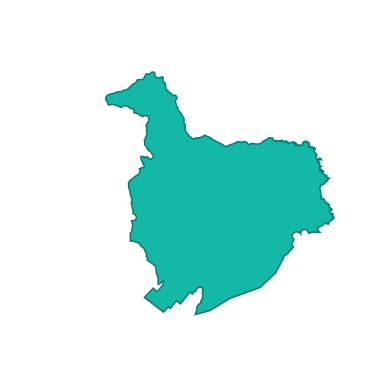 the district of Atwima Nwabiagya South, Ashanti, Ghana, rotated 129°
{"feature_id": "2480657B44972771575405", "entity_name": "Atwima Nwabiagya South", "entity_type": "district", "adm_level": 2, "iso_a3": "GHA", "parent_name": "Ghana", "parent_adm1": "Ashanti", "projection": "robinson", "projection_center": [-1.826, 6.689], "detail": "fine", "context": "isolated", "style": "filled", "palette": "teal", "viewbox_px": 384, "rotation_deg": 129, "n_neighbors": 0, "source": "geoboundaries", "source_scale": "gbopen_adm2", "svg_char_len": 5891}
<svg xmlns="http://www.w3.org/2000/svg" viewBox="0 0 384 384"><g transform="rotate(129 192 192)"><path d="M262.8,214.1L269.0,209.0L268.1,208.2L267.2,206.7L266.6,205.3L266.5,204.1L265.7,202.8L265.2,200.3L266.1,197.9L266.1,193.9L267.8,190.4L268.9,188.6L270.7,186.7L271.4,184.8L272.2,184.3L273.1,184.2L272.5,174.1L274.5,171.5L277.4,168.9L278.1,167.4L280.5,163.8L283.6,161.5L285.0,160.1L283.2,159.0L279.3,158.6L281.8,156.1L291.3,156.3L291.2,161.7L303.9,162.7L303.3,138.4L296.2,138.3L296.2,135.6L286.3,135.6L286.3,130.6L271.2,130.6L271.1,127.5L268.2,127.6L267.7,126.7L267.2,126.5L265.1,127.4L262.8,127.0L262.1,127.2L259.8,124.3L261.7,121.0L263.4,120.9L266.7,117.6L267.9,117.5L268.8,116.7L271.4,116.4L272.2,115.5L276.4,116.2L279.0,115.5L280.0,114.3L285.2,112.4L273.0,103.5L251.2,95.7L223.3,79.0L202.4,76.0L188.7,78.8L186.5,78.9L184.9,80.2L179.3,78.8L177.1,79.0L174.8,78.6L170.7,78.6L170.9,80.8L170.1,81.6L164.9,82.7L164.5,83.1L164.6,85.2L163.2,86.5L161.5,87.3L159.2,87.0L157.4,86.1L156.2,83.9L155.9,83.0L156.2,81.0L155.2,81.9L153.2,82.5L151.1,81.7L150.2,80.9L149.6,79.8L149.4,77.6L150.7,75.4L147.1,73.0L145.0,69.9L142.9,67.4L142.8,69.6L141.4,71.5L140.0,71.4L135.3,69.3L134.2,69.4L132.1,68.3L131.6,67.8L131.6,66.2L131.4,65.8L128.0,66.6L125.6,65.6L123.9,65.2L124.1,65.9L123.8,66.5L122.5,65.8L122.2,68.5L121.0,68.1L120.5,68.2L120.3,69.1L120.9,70.8L121.1,70.8L120.8,72.4L119.2,73.1L118.9,72.1L118.5,71.8L118.1,71.9L117.8,72.9L117.2,72.9L117.7,74.5L117.3,74.5L117.2,75.8L116.1,76.8L116.1,77.1L115.5,77.2L115.7,77.7L115.4,78.8L115.9,79.1L115.6,79.7L115.9,80.3L115.4,81.2L115.7,82.0L115.5,83.3L114.1,85.3L115.2,85.9L115.5,85.6L115.8,86.0L115.7,86.6L116.2,88.2L114.8,88.4L114.3,88.1L113.3,89.2L113.3,89.8L112.5,91.1L111.2,91.6L111.1,92.3L110.6,92.6L110.4,93.2L109.6,93.7L109.1,95.0L108.6,94.8L108.4,95.2L107.1,95.7L106.1,95.6L105.3,96.5L105.1,96.5L104.9,95.6L104.0,95.0L103.2,94.6L102.4,94.7L102.1,94.4L100.3,94.4L98.7,93.8L98.5,94.0L98.7,94.4L98.4,94.8L98.2,94.3L97.0,93.9L95.7,94.9L95.1,94.3L95.7,97.7L94.6,97.5L95.1,100.0L94.7,102.0L94.2,102.6L93.6,102.6L93.8,103.7L93.2,103.8L93.5,104.1L94.2,104.0L94.8,104.5L95.2,104.3L94.8,105.9L94.9,106.5L94.2,106.3L94.1,105.5L93.4,105.4L93.1,105.7L93.4,107.9L92.7,108.4L92.3,108.1L92.2,108.5L90.9,107.8L90.6,110.4L88.8,111.2L89.1,111.6L88.7,111.9L89.2,112.9L89.0,113.2L89.2,113.5L88.8,113.5L88.8,113.9L87.7,114.2L87.7,113.8L86.8,113.6L86.6,112.9L86.2,112.5L85.5,112.5L85.4,112.1L85.0,113.2L85.2,113.9L85.8,114.5L87.6,114.7L87.8,115.2L87.6,116.4L87.3,117.4L86.4,117.8L86.4,118.2L85.0,118.0L84.4,118.6L84.0,120.3L84.3,121.2L83.9,122.3L82.7,123.4L81.8,123.4L81.7,123.1L81.3,123.6L80.9,123.6L81.0,124.5L80.4,124.7L80.8,125.2L81.8,125.3L82.1,126.5L81.4,127.1L82.4,127.3L82.7,127.9L82.6,128.3L82.9,128.5L82.5,128.9L83.1,129.7L82.1,130.3L81.6,130.3L82.0,131.3L80.1,131.8L80.1,132.4L80.7,133.1L80.5,133.6L80.9,133.9L80.4,134.9L80.6,135.1L81.0,134.4L81.9,136.5L82.9,136.6L83.3,137.0L83.9,137.0L84.5,136.2L86.3,135.9L86.9,136.6L87.5,136.6L87.9,138.4L88.8,138.5L88.8,139.0L89.2,139.2L89.1,139.5L89.5,140.0L88.9,140.9L90.2,140.7L89.7,142.6L88.8,142.3L88.6,142.6L89.0,143.7L90.1,143.2L90.1,143.7L89.3,144.1L89.2,144.5L90.0,144.3L90.2,144.5L89.7,144.9L90.9,146.0L91.0,146.4L92.3,146.9L93.7,148.0L92.9,148.7L93.3,149.3L92.9,150.5L93.5,151.3L94.0,151.0L93.8,151.8L94.7,151.9L95.8,153.3L95.2,153.7L95.2,154.7L95.6,154.8L95.6,154.1L96.0,154.1L96.8,155.0L96.1,155.2L96.1,155.4L97.1,156.1L97.6,157.1L98.7,157.2L98.6,157.7L98.9,158.3L100.1,158.7L99.7,159.3L100.1,159.2L100.5,159.7L100.7,161.7L99.3,163.1L100.3,164.5L100.7,165.6L101.7,166.4L104.1,166.9L106.7,168.3L111.7,169.2L114.8,172.9L116.5,176.1L119.5,177.5L119.6,177.8L119.0,180.3L119.4,182.5L122.7,185.6L123.1,187.1L125.5,189.0L127.5,189.6L133.6,193.4L135.5,193.7L136.2,199.8L138.1,208.1L138.1,211.4L140.0,218.1L141.7,218.4L143.7,219.3L145.2,220.3L147.5,223.1L150.5,224.2L150.1,226.1L150.3,229.1L150.0,230.3L149.0,234.7L147.9,236.5L144.6,238.9L143.8,240.2L143.1,242.1L140.2,244.1L138.1,248.9L137.4,251.4L137.3,253.6L135.6,255.9L134.8,258.1L132.2,261.7L131.4,262.5L128.5,262.8L128.0,263.2L127.1,265.6L128.5,266.9L128.8,273.3L128.4,276.2L127.7,277.6L124.2,281.4L124.4,283.2L123.2,285.2L122.7,285.4L122.3,286.1L121.1,286.5L121.0,287.1L122.7,288.7L123.7,289.1L124.3,289.7L125.1,291.0L125.5,292.2L124.7,294.6L123.5,295.0L122.7,296.6L123.9,298.6L124.8,298.4L125.8,299.0L127.0,299.2L129.0,301.7L129.8,301.9L132.6,301.2L135.4,301.0L139.1,305.0L142.0,304.6L143.9,305.0L144.9,305.6L145.6,305.5L146.6,306.2L148.1,305.5L149.1,306.7L151.1,306.2L152.0,306.7L153.3,306.9L154.9,307.9L156.0,309.4L157.4,309.6L159.0,310.5L160.2,312.2L163.2,314.3L164.7,314.8L165.8,315.9L168.9,318.1L170.0,318.6L171.0,318.5L171.7,318.8L173.5,318.1L175.0,316.4L175.3,314.6L177.0,311.7L176.1,311.1L173.2,308.0L173.0,306.2L172.0,304.5L171.3,301.9L171.3,301.2L170.9,300.3L170.0,299.8L168.9,300.1L168.2,299.6L165.9,296.1L165.8,292.4L164.5,289.5L165.0,288.4L167.0,287.1L165.7,284.6L165.1,282.5L164.8,278.1L162.2,276.8L161.1,275.0L161.0,273.6L161.5,272.4L163.7,270.2L166.4,270.2L169.5,269.6L169.8,269.2L169.8,268.0L173.4,265.7L174.1,264.2L174.5,263.8L177.9,262.7L178.7,262.2L181.7,261.6L185.2,258.1L185.5,255.3L186.5,254.3L187.0,253.2L186.4,252.5L187.1,251.3L186.7,249.5L187.7,247.0L188.0,244.8L188.4,244.4L188.9,244.2L191.9,244.3L192.3,244.6L193.2,246.2L192.7,248.4L192.9,249.1L194.2,249.8L194.5,250.9L195.2,251.2L195.2,252.4L195.6,253.3L196.9,253.8L197.3,253.7L199.4,250.8L200.1,249.0L200.7,248.4L201.7,245.5L202.5,244.9L203.5,245.1L204.1,246.0L207.1,247.5L208.7,245.4L210.4,244.5L213.0,244.9L213.5,245.3L216.7,246.2L221.0,246.9L221.8,247.7L222.2,247.3L222.7,247.4L223.0,246.7L223.4,247.1L224.7,247.3L228.6,243.7L229.9,241.5L233.6,237.3L235.7,233.5L238.0,232.8L238.9,232.2L243.7,226.1L246.0,223.9L245.5,221.0L246.9,218.9L249.7,218.3L252.3,220.9L252.9,220.4L254.8,217.3L260.9,214.0L261.9,213.8L262.8,214.1Z" fill="#14b8a6" stroke="#0f766e" stroke-width="1.5"/></g></svg>